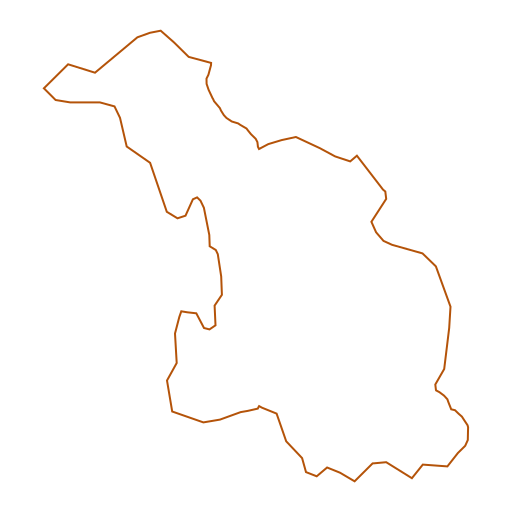 Koulikoro, Koulikoro, Mali (orthographic projection), rotated 270°
{"feature_id": "8926073B42356193702634", "entity_name": "Koulikoro", "entity_type": "district", "adm_level": 2, "iso_a3": "MLI", "parent_name": "Mali", "parent_adm1": "Koulikoro", "projection": "orthographic", "projection_center": [-7.329, 13.238], "detail": "fine", "context": "isolated", "style": "outline", "palette": "amber", "viewbox_px": 512, "rotation_deg": 270, "n_neighbors": 0, "source": "geoboundaries", "source_scale": "gbopen_adm2", "svg_char_len": 1765}
<svg xmlns="http://www.w3.org/2000/svg" viewBox="0 0 512 512"><g transform="rotate(270 256 256)"><path d="M178.5,175.0L149.0,176.7L131.5,167.0L100.5,172.2L89.6,203.4L92.4,220.0L99.9,240.7L101.1,247.7L103.4,257.8L104.9,258.5L105.9,259.1L104.3,262.0L98.4,276.6L70.7,286.2L53.9,302.1L39.9,306.0L35.7,316.7L44.5,327.1L39.3,340.0L30.7,354.6L48.6,372.6L48.7,374.2L49.8,386.2L33.8,411.9L47.4,422.8L45.6,447.4L53.0,453.2L59.0,457.9L66.2,465.2L72.0,467.8L81.0,468.0L84.6,468.1L86.7,467.6L92.3,463.9L95.4,461.9L98.2,458.7L101.8,455.0L102.7,451.2L106.8,449.6L107.0,449.5L109.8,448.4L111.2,447.9L112.7,447.4L116.2,444.2L116.5,443.9L118.2,441.6L119.8,439.5L121.6,436.1L122.4,435.9L127.5,435.3L143.0,444.2L184.1,449.2L205.3,450.5L245.6,435.9L258.6,422.5L267.2,392.0L271.1,383.5L279.7,376.1L290.2,371.4L313.1,386.2L320.5,385.3L322.4,383.0L356.3,356.9L350.6,350.2L355.6,335.1L363.9,319.7L375.0,295.9L371.9,281.6L367.9,268.3L363.0,259.0L365.3,257.9L366.5,257.8L369.9,257.4L373.2,255.7L376.9,251.9L377.9,250.9L381.5,248.0L383.5,246.5L387.1,240.3L388.6,238.1L390.5,231.8L394.0,226.5L396.8,223.9L397.9,223.2L401.4,221.0L403.9,219.9L410.5,214.3L410.9,214.0L413.0,213.1L413.5,212.7L422.2,208.6L428.1,206.6L433.4,206.5L437.2,208.4L440.9,209.4L445.7,210.7L446.8,211.0L449.1,211.1L449.3,210.3L455.1,188.7L469.5,174.1L481.3,160.7L479.2,149.9L474.7,137.4L439.3,95.0L447.7,68.1L423.7,43.9L412.0,55.6L409.6,70.2L409.6,99.9L405.6,114.5L394.2,120.0L365.5,126.7L349.2,150.1L300.2,166.8L293.7,177.5L296.3,185.5L312.7,192.9L314.6,197.1L311.3,200.5L304.2,203.9L277.0,209.3L265.7,209.7L262.0,215.8L257.8,217.8L235.5,221.2L217.2,221.9L206.4,214.6L186.7,215.5L182.6,209.5L184.0,204.0L198.7,196.3L199.7,187.3L200.7,181.3L195.0,179.3L178.5,175.0Z" fill="none" stroke="#b45309" stroke-width="2"/></g></svg>